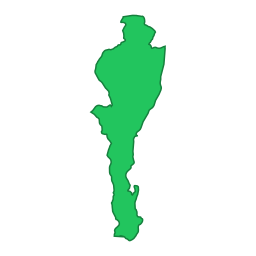 the Department of Cesar
{"feature_id": "COL-1414", "entity_name": "Cesar", "entity_type": "Department", "adm_level": 1, "iso_a3": "COL", "parent_name": "Colombia", "parent_adm1": "", "projection": "natural_earth1", "projection_center": [-73.578, 9.272], "detail": "fine", "context": "isolated", "style": "filled", "palette": "green", "viewbox_px": 256, "rotation_deg": 0, "n_neighbors": 0, "source": "natural_earth", "source_scale": "10m", "svg_char_len": 4736}
<svg xmlns="http://www.w3.org/2000/svg" viewBox="0 0 256 256"><path d="M165.1,46.3L165.0,47.3L165.1,48.7L163.9,64.2L160.7,76.6L160.7,79.4L160.2,82.2L160.2,83.6L160.6,85.4L161.1,86.7L161.3,88.0L160.9,89.9L159.0,94.4L155.6,100.3L154.1,105.1L153.4,106.4L152.5,107.6L150.0,109.4L149.1,110.3L148.0,113.4L143.1,121.7L141.0,127.7L140.3,129.2L139.2,130.4L137.0,132.1L136.2,133.5L136.2,135.1L137.0,135.6L137.9,135.6L135.2,136.3L134.7,136.6L133.5,139.0L133.7,141.7L132.9,151.4L133.2,154.3L133.2,154.8L132.8,156.8L133.6,160.3L134.1,161.9L134.1,162.7L133.8,163.4L132.9,164.3L131.4,165.5L131.0,165.9L130.9,166.4L131.0,167.0L131.0,167.5L130.9,168.0L130.3,168.8L128.0,170.8L127.2,171.7L126.7,172.3L126.3,173.1L126.0,173.9L125.8,174.9L125.8,175.7L125.8,176.4L126.4,178.1L128.1,180.9L129.3,184.1L129.7,184.4L130.1,185.3L129.4,188.3L127.9,190.2L127.8,190.7L128.0,191.0L128.3,191.1L129.4,191.2L129.8,191.3L130.2,191.6L130.5,192.0L131.5,192.7L131.6,194.3L131.9,194.7L132.3,195.0L132.6,194.8L133.2,193.7L133.5,193.2L135.3,191.5L134.9,188.8L134.9,188.5L134.4,187.7L134.2,186.5L134.2,186.2L134.5,185.7L135.0,185.6L135.9,185.7L137.2,185.9L137.9,186.4L138.3,186.9L138.5,190.0L137.7,194.4L136.7,196.9L136.2,199.0L135.6,200.4L135.1,201.8L134.9,203.3L135.2,208.9L136.0,209.5L136.9,211.9L136.9,212.4L137.0,213.0L136.9,214.8L137.2,215.8L138.0,216.8L140.6,217.1L141.4,218.4L142.0,218.7L142.2,218.8L142.4,218.9L142.6,219.3L142.6,219.8L142.6,220.7L142.3,221.7L141.6,222.9L141.0,223.6L140.3,224.3L139.2,224.8L138.7,225.2L138.4,226.0L138.2,227.3L138.4,229.8L138.3,231.3L138.1,232.0L137.8,232.6L136.4,234.6L135.9,235.8L135.2,236.5L134.6,237.5L133.7,238.5L132.5,239.4L130.6,240.4L129.9,240.6L129.3,240.6L128.7,240.2L127.5,239.1L127.1,238.9L126.4,238.7L125.9,238.5L125.4,238.0L124.7,237.1L124.2,236.7L123.6,236.5L121.3,235.9L121.1,235.9L122.0,236.7L114.3,236.2L114.4,234.2L114.6,233.7L115.0,232.9L115.0,232.3L114.9,231.6L114.6,230.6L114.8,229.9L115.0,229.2L116.1,227.9L116.4,227.7L117.1,227.1L118.8,225.4L119.3,224.2L119.3,222.9L118.9,221.7L118.7,221.4L118.5,221.1L118.1,220.7L117.9,220.5L117.4,219.9L117.2,219.8L117.0,219.7L116.5,219.6L116.2,219.5L116.0,219.2L115.7,218.8L115.7,217.5L113.1,212.4L112.6,211.0L112.6,210.0L112.2,206.5L112.3,205.8L112.1,205.2L111.9,203.9L111.6,203.3L111.6,202.9L111.7,202.5L112.3,201.9L112.4,201.7L112.5,200.9L113.1,199.5L113.2,198.8L113.2,196.9L113.2,196.6L113.4,196.0L114.0,195.1L114.1,194.7L113.9,193.9L113.5,193.3L113.3,192.6L113.9,191.6L114.1,190.4L113.7,185.5L113.2,183.8L111.9,181.0L111.6,179.4L111.6,177.0L111.4,176.1L110.3,174.6L109.9,173.8L109.6,172.4L109.5,167.8L109.7,166.3L110.9,163.7L111.2,162.2L110.9,160.2L110.2,158.9L108.0,156.7L107.1,155.2L108.7,149.4L109.3,148.1L109.9,146.1L111.4,143.3L109.9,141.0L108.0,138.9L107.3,137.4L107.0,136.0L106.9,134.7L106.6,134.2L106.2,134.2L105.7,134.3L105.1,134.4L102.8,133.8L102.0,133.4L101.7,132.9L101.6,132.4L101.5,132.1L101.5,131.7L101.5,131.4L101.8,131.0L102.0,130.7L102.2,130.4L102.2,130.1L102.1,129.6L102.1,128.9L101.9,126.4L101.7,125.9L101.3,125.5L100.8,125.1L100.2,124.5L99.5,123.1L99.2,119.1L98.1,117.9L96.8,117.2L94.3,114.3L90.9,112.1L92.7,110.6L95.6,106.7L96.7,105.9L97.6,105.5L99.0,105.3L99.4,105.4L99.9,105.5L100.5,105.7L101.5,105.8L102.0,106.0L102.9,106.6L103.4,106.9L105.6,107.0L106.1,107.0L106.8,107.0L107.3,106.8L109.8,105.1L110.3,105.0L110.6,105.2L110.8,105.6L111.0,105.9L111.3,106.4L112.3,105.0L110.4,98.3L108.8,95.0L109.2,93.8L109.1,93.3L108.8,91.4L106.2,88.6L105.6,88.1L102.1,82.6L101.1,81.6L100.2,80.9L99.4,80.4L98.8,79.5L97.2,76.6L95.2,72.8L95.1,72.0L95.0,71.0L95.3,70.2L95.8,68.0L96.2,64.6L97.2,63.0L97.9,61.4L98.5,60.7L99.4,59.1L101.3,56.8L101.9,55.8L102.4,54.0L102.9,52.8L104.1,51.3L104.9,50.6L105.7,50.2L107.9,49.7L108.7,49.4L109.3,49.4L109.7,49.5L110.2,49.7L110.9,49.7L113.2,48.9L115.4,47.1L116.2,46.9L117.2,46.4L118.0,45.2L118.6,44.9L119.3,44.9L120.2,44.8L120.7,44.3L121.0,43.2L121.3,42.6L121.7,42.4L123.5,41.8L124.9,41.0L125.3,40.4L125.3,39.7L124.8,39.1L124.2,38.7L123.8,38.3L123.7,37.8L123.9,36.7L123.9,35.6L123.6,33.0L123.2,32.0L122.7,30.6L124.4,27.1L125.0,26.4L125.8,24.9L125.7,24.0L125.1,23.2L124.2,22.6L123.1,22.4L122.1,22.3L121.3,22.4L120.8,22.1L121.1,21.0L123.1,17.6L123.2,16.8L132.5,15.4L136.4,15.5L137.8,15.8L139.5,16.0L141.6,16.4L142.6,16.3L143.5,17.0L144.2,18.2L144.5,19.3L144.7,21.2L144.7,22.0L144.4,23.0L144.3,23.7L144.8,24.7L146.5,25.3L148.2,26.5L150.0,27.0L152.4,28.6L154.8,30.9L155.4,32.1L154.7,33.2L154.4,34.0L153.9,35.7L153.1,36.8L152.4,39.3L151.6,39.9L150.3,42.4L149.6,42.8L149.2,43.5L148.9,44.3L150.1,44.8L150.8,45.7L151.2,46.7L151.5,48.0L152.0,48.3L153.0,48.0L154.0,47.5L155.2,47.3L156.2,47.5L157.2,48.0L158.1,48.2L159.2,48.3L160.3,48.1L161.3,47.8L163.6,46.7L165.1,46.3L165.1,46.3Z" fill="#22c55e" stroke="#15803d" stroke-width="1.5"/></svg>